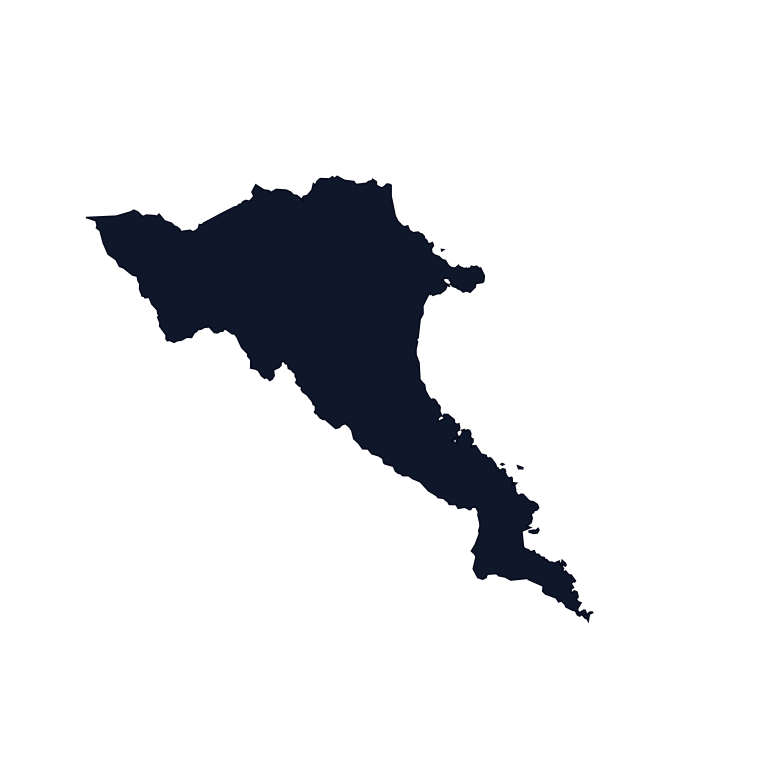 outline of Buol, Sulawesi Tengah, Indonesia, rotated 53°
{"feature_id": "22746128B60636029206407", "entity_name": "Buol", "entity_type": "district", "adm_level": 2, "iso_a3": "IDN", "parent_name": "Indonesia", "parent_adm1": "Sulawesi Tengah", "projection": "orthographic", "projection_center": [121.506, 0.994], "detail": "fine", "context": "isolated", "style": "filled", "palette": "ink", "viewbox_px": 768, "rotation_deg": 53, "n_neighbors": 0, "source": "geoboundaries", "source_scale": "gbopen_adm2", "svg_char_len": 6165}
<svg xmlns="http://www.w3.org/2000/svg" viewBox="0 0 768 768"><g transform="rotate(53 384 384)"><path d="M696.3,363.6L692.0,359.1L691.5,357.7L692.2,355.0L691.3,355.0L690.0,357.0L690.2,361.0L685.8,359.5L684.9,360.4L684.4,365.2L681.6,366.0L679.9,364.3L677.3,358.3L674.8,360.0L671.4,359.9L670.9,357.1L666.2,355.1L663.6,356.6L664.7,358.3L664.0,358.2L662.9,360.4L660.3,357.5L660.6,355.1L656.3,354.7L655.4,352.6L656.8,350.7L656.5,349.6L649.1,349.5L647.8,351.2L642.6,351.5L642.7,352.5L640.7,353.9L639.3,351.6L635.5,351.7L637.2,349.2L638.5,348.9L638.1,347.4L636.3,347.0L632.0,347.8L633.8,349.8L633.5,351.7L630.8,350.7L629.5,356.1L627.6,356.8L625.4,359.4L622.2,359.7L620.5,361.4L619.2,360.4L616.3,362.9L613.3,362.9L611.2,365.2L607.5,364.3L606.3,368.0L603.4,368.4L600.1,370.6L597.8,370.5L584.5,362.4L586.9,353.3L583.3,355.5L583.3,350.1L580.4,346.3L576.4,344.9L576.6,341.8L575.5,340.2L576.7,337.6L575.9,335.0L572.5,334.0L567.6,335.7L566.3,337.5L563.8,338.5L555.9,339.3L554.4,341.0L554.3,343.4L552.7,344.0L548.1,343.6L548.1,342.7L543.2,340.4L543.0,337.8L540.8,340.1L541.5,342.0L536.1,338.2L535.1,338.5L534.2,341.1L530.4,341.3L528.6,340.5L527.4,341.4L526.9,339.5L524.8,338.8L523.3,340.0L522.6,343.9L519.7,343.4L518.4,345.4L518.0,344.1L515.1,343.2L507.8,343.1L506.4,344.0L506.1,346.1L504.7,345.8L504.2,346.5L502.5,345.3L498.5,348.5L488.5,347.8L487.1,349.8L487.9,350.5L486.6,352.8L486.3,351.4L484.1,349.7L484.0,348.0L481.6,346.0L479.8,347.0L478.0,346.6L475.7,344.4L472.6,343.6L470.7,345.0L470.9,347.6L468.8,347.1L467.7,349.9L469.5,349.9L471.4,353.8L471.3,356.4L472.9,360.5L475.7,361.1L473.8,362.7L470.3,363.6L470.9,360.2L469.7,360.1L471.6,357.9L470.3,356.4L466.6,355.4L465.5,352.7L466.2,351.9L464.4,349.8L460.8,348.1L460.1,350.1L457.8,351.2L454.7,349.4L446.9,351.3L444.5,354.1L445.1,356.6L448.1,355.9L446.8,362.6L445.3,362.9L443.7,360.5L443.7,356.9L439.5,356.0L436.5,353.2L434.5,352.7L431.8,353.7L431.5,352.9L427.4,352.7L425.5,353.7L425.7,355.5L422.5,356.1L414.1,354.8L409.2,352.1L402.2,352.7L388.0,343.2L380.1,340.9L375.7,337.7L370.4,331.7L367.9,331.5L367.7,329.1L354.0,316.2L351.5,310.6L345.0,305.9L339.2,294.3L339.4,293.1L340.2,293.2L339.7,291.9L342.6,291.7L344.2,286.4L345.6,285.0L345.6,278.4L344.4,275.9L342.4,275.0L345.1,273.1L343.7,272.6L341.3,273.9L338.1,274.6L336.8,274.0L335.3,274.9L335.2,274.1L336.7,270.8L339.1,268.7L340.8,269.3L343.3,268.7L344.0,270.9L347.6,270.2L350.0,268.5L349.6,267.6L352.0,268.0L354.7,266.2L358.2,265.4L359.3,261.9L362.5,260.1L361.5,252.8L358.9,250.4L362.2,244.2L362.0,242.5L358.1,238.8L349.5,237.0L349.4,238.1L345.5,239.2L344.9,241.2L342.5,243.4L343.7,245.5L342.5,246.7L343.0,247.9L341.2,248.2L340.1,250.5L335.1,253.3L334.0,253.0L334.3,257.5L331.2,260.4L327.8,261.2L322.3,260.6L319.8,262.6L315.2,263.4L311.2,266.1L307.9,266.7L304.5,264.9L303.2,261.2L300.2,260.2L299.3,263.5L298.0,264.2L295.0,263.4L291.5,264.1L290.4,263.0L286.9,263.4L285.9,264.6L283.3,265.2L280.7,269.7L276.6,271.2L272.0,269.9L270.6,273.3L268.6,274.2L262.2,274.9L256.5,273.9L238.2,265.2L229.6,258.7L228.4,259.0L226.1,261.1L226.5,266.5L225.5,268.2L220.8,270.6L217.9,268.4L213.6,269.9L214.4,271.1L212.9,274.7L213.2,277.1L207.8,286.3L204.2,286.2L197.7,292.9L189.9,296.5L190.1,300.0L187.4,300.4L187.4,304.1L181.5,311.4L181.9,315.5L183.9,319.2L181.5,319.8L185.7,324.8L187.3,331.7L185.7,335.4L186.7,337.5L188.4,338.2L181.1,340.1L178.3,342.7L174.6,343.0L170.4,345.3L163.7,353.0L163.1,358.8L160.2,359.7L156.7,363.2L147.7,366.5L151.2,373.9L155.8,374.9L157.0,380.5L156.7,381.8L154.4,383.6L153.5,386.8L154.4,389.7L153.3,391.7L153.9,394.1L152.5,397.5L150.3,409.8L146.9,431.2L147.3,433.6L145.5,435.5L147.9,438.4L148.2,442.0L147.3,445.3L144.6,446.2L140.0,454.5L137.3,454.0L134.1,454.8L131.9,456.4L127.7,456.9L121.6,461.1L113.0,461.4L113.5,464.8L112.2,465.1L106.1,472.0L105.4,475.1L104.1,476.2L98.4,477.1L94.6,479.2L94.1,482.8L88.8,496.8L71.7,521.8L80.2,515.8L84.7,517.7L86.2,519.7L90.6,518.5L102.2,523.3L114.3,526.2L123.5,523.2L130.9,524.5L134.3,522.2L145.6,519.3L149.4,516.2L153.7,518.4L156.9,518.6L161.1,522.1L168.3,524.2L169.9,522.7L171.2,523.1L173.4,519.4L180.4,521.3L188.7,520.5L191.6,522.3L193.7,522.2L194.5,524.6L200.1,526.0L202.7,528.4L213.7,528.5L216.7,530.9L218.7,531.0L219.5,530.7L219.4,529.4L224.4,526.6L225.0,523.1L227.1,519.3L227.9,513.5L231.0,509.7L228.8,504.2L229.3,502.6L228.6,499.9L230.2,496.8L230.6,493.5L233.2,489.2L240.7,488.6L243.1,486.0L243.2,483.3L244.8,481.2L243.9,477.7L252.4,475.1L254.2,473.2L258.0,473.2L269.2,475.7L278.0,474.6L279.6,476.1L284.5,475.8L291.1,480.9L295.1,477.3L298.0,476.2L303.6,476.9L307.6,475.9L308.0,474.2L309.5,473.3L312.3,473.3L312.8,470.6L311.4,466.8L306.3,463.9L307.6,457.8L307.0,454.9L305.2,453.5L304.7,451.4L306.1,450.3L308.3,450.6L310.2,449.1L314.0,451.0L317.4,449.2L319.4,449.5L321.9,448.5L324.7,450.4L328.0,450.7L329.8,453.7L334.4,453.0L336.8,451.6L338.5,453.3L341.3,453.7L346.3,452.0L354.7,451.8L357.9,452.9L360.0,451.8L363.9,454.6L364.5,456.4L366.5,456.4L367.3,455.4L372.4,455.5L375.9,453.9L376.0,452.5L390.3,449.4L391.8,446.0L391.3,442.3L392.4,438.7L397.4,437.5L401.7,437.7L409.5,441.1L415.9,439.9L422.9,440.1L426.3,435.8L432.3,435.8L437.8,431.7L442.7,429.8L446.7,431.6L448.3,431.4L455.4,426.0L460.4,427.3L463.7,426.4L465.9,424.6L468.4,424.3L471.9,419.6L476.6,418.2L484.0,413.9L496.2,412.7L504.6,409.3L507.2,409.2L511.1,405.3L516.8,404.0L519.4,404.4L523.6,399.1L528.0,399.5L531.1,393.5L536.0,391.3L536.4,390.3L535.4,387.9L537.6,384.8L542.9,385.6L545.1,387.8L552.7,391.1L555.5,393.0L558.2,396.7L561.0,398.0L567.4,408.2L570.0,414.7L574.8,413.9L577.6,414.7L585.3,424.0L595.0,425.6L599.3,422.7L600.0,418.7L598.6,417.5L598.5,415.3L603.1,408.3L606.3,407.7L610.8,403.5L616.9,400.7L625.7,386.2L626.9,386.4L641.2,378.5L645.1,382.0L649.0,381.4L658.4,375.3L663.0,375.7L664.1,372.9L669.1,372.1L671.4,372.9L678.3,369.5L680.3,367.6L684.8,368.5L687.1,367.4L687.2,364.6L692.1,364.3L693.5,363.2L696.3,363.6ZM589.6,357.2L593.3,354.6L595.3,351.2L593.8,348.1L592.1,347.8L592.3,351.1L591.0,352.0L588.7,356.6L589.6,357.2ZM532.6,327.5L535.2,324.2L534.4,323.5L529.7,326.5L532.6,327.5ZM520.0,338.4L520.3,336.6L518.7,337.3L518.5,338.9L520.0,338.4ZM312.4,257.8L312.6,255.6L311.1,257.1L312.4,257.8Z" fill="#0f172a" stroke="#020617" stroke-width="1.5"/></g></svg>